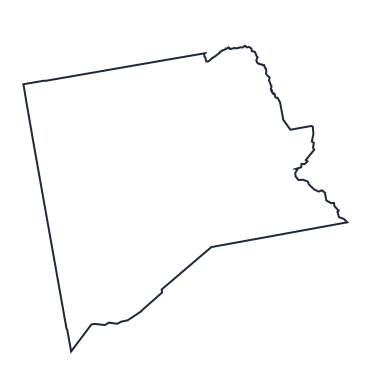 Graham, Arizona, United States of America, rotated 80°
{"feature_id": "52423323B31038299720868", "entity_name": "Graham", "entity_type": "district", "adm_level": 2, "iso_a3": "USA", "parent_name": "United States of America", "parent_adm1": "Arizona", "projection": "orthographic", "projection_center": [-110.126, 33.039], "detail": "fine", "context": "isolated", "style": "outline", "palette": "slate", "viewbox_px": 384, "rotation_deg": 80, "n_neighbors": 0, "source": "geoboundaries", "source_scale": "gbopen_adm2", "svg_char_len": 1982}
<svg xmlns="http://www.w3.org/2000/svg" viewBox="0 0 384 384"><g transform="rotate(80 192 192)"><path d="M57.6,154.8L57.4,204.0L57.4,204.6L57.1,317.1L56.7,318.4L56.6,339.3L77.4,339.5L113.6,339.6L304.9,339.3L306.0,338.8L328.0,338.7L305.0,314.1L305.0,310.8L307.9,300.8L306.2,296.7L308.8,288.4L307.4,284.2L307.2,277.7L300.8,263.0L299.3,261.0L285.8,238.9L282.7,238.8L249.6,182.5L248.8,44.4L244.9,47.1L242.3,51.6L236.9,52.3L236.0,50.8L230.8,54.1L227.4,54.1L227.1,56.9L223.7,61.2L215.9,61.2L212.9,63.7L213.6,67.0L211.1,70.8L205.4,75.3L201.7,76.3L199.2,80.6L198.7,85.0L194.6,87.3L191.2,87.0L188.0,84.2L187.3,85.8L186.6,80.2L183.4,79.3L184.1,76.4L181.9,72.9L180.3,74.4L171.6,64.3L169.5,65.1L164.7,63.5L163.2,65.2L155.7,62.3L148.7,61.7L147.7,63.0L147.7,76.4L147.8,84.3L136.6,89.6L132.6,89.6L132.0,89.6L122.7,89.7L119.1,89.7L114.0,91.4L114.0,92.4L113.0,93.5L111.7,93.6L111.3,93.8L110.5,93.8L110.2,93.4L109.1,94.2L109.4,94.8L109.1,95.4L108.2,95.2L107.5,95.9L106.5,96.1L106.1,95.6L105.4,95.8L105.1,96.5L103.7,96.2L103.0,95.8L101.4,95.3L100.7,95.9L99.6,95.9L97.5,96.3L95.5,96.8L93.6,96.0L92.6,95.7L91.2,96.9L89.7,98.1L88.1,98.6L86.9,98.1L85.6,97.9L83.8,97.6L82.3,98.7L80.8,98.7L79.5,99.0L79.5,100.2L78.4,101.2L78.3,102.3L77.8,103.4L77.4,103.4L76.9,104.5L75.7,105.5L74.3,105.6L73.8,105.9L71.9,104.9L71.1,104.1L70.3,104.1L69.8,104.7L68.0,105.0L66.2,105.5L65.5,105.4L64.8,105.9L64.2,107.1L64.0,108.1L63.3,108.8L62.6,108.5L61.6,108.5L60.3,109.2L59.0,110.9L59.1,112.1L59.1,112.6L59.0,113.2L58.1,113.6L57.2,114.3L57.6,115.4L58.1,116.1L58.5,117.3L58.0,118.3L57.9,119.3L58.1,120.8L58.2,122.1L58.2,123.8L57.5,125.2L57.7,126.4L57.7,127.6L57.7,128.7L57.9,129.0L57.6,130.0L56.9,130.2L56.0,130.7L56.1,131.5L56.5,131.6L56.8,132.8L56.5,133.7L57.2,134.3L57.7,136.2L57.7,137.5L58.7,138.5L58.6,139.7L59.7,140.8L60.2,141.6L62.5,145.9L63.5,148.5L65.9,152.5L66.3,154.2L66.0,155.1L64.7,155.5L63.5,155.4L61.9,155.5L60.6,156.3L58.5,156.1L57.8,155.0L57.6,154.8Z" fill="none" stroke="#1e293b" stroke-width="2"/></g></svg>